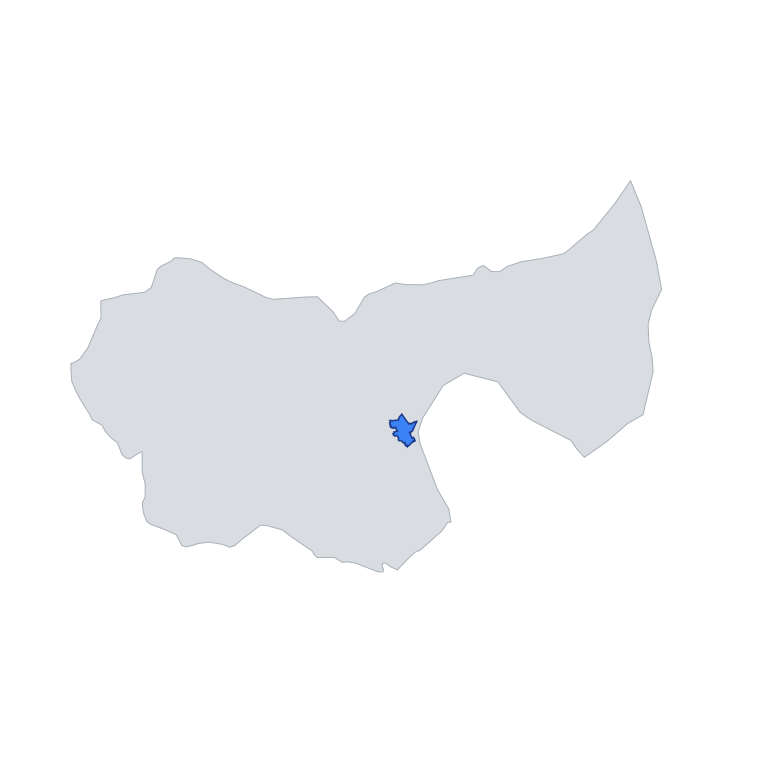 Sējas pag., Sejas, Latvia (highlighted), rotated 163°
{"feature_id": "27541924B77555962795430", "entity_name": "Sējas pag.", "entity_type": "district", "adm_level": 2, "iso_a3": "LVA", "parent_name": "Latvia", "parent_adm1": "Sejas", "projection": "mercator", "projection_center": [24.49, 57.215], "detail": "fine", "context": "in_parent", "style": "filled", "palette": "blue", "viewbox_px": 768, "rotation_deg": 163, "n_neighbors": 0, "source": "geoboundaries", "source_scale": "gbopen_adm2", "svg_char_len": 5137}
<svg xmlns="http://www.w3.org/2000/svg" viewBox="0 0 768 768"><g transform="rotate(163 384 384)"><path d="M548.5,565.7L544.3,565.0L532.6,560.4L522.6,553.5L516.7,544.4L506.4,531.9L499.7,525.5L489.1,517.5L471.4,501.1L465.0,497.3L433.6,490.1L422.2,486.9L411.8,468.2L408.4,457.3L403.3,455.4L397.7,457.7L391.5,459.8L377.4,472.6L372.8,474.4L364.1,474.5L343.6,477.3L334.3,472.7L318.0,467.6L309.3,466.8L301.5,466.9L266.9,462.0L260.6,467.4L254.3,468.4L248.1,460.0L240.4,457.6L231.9,460.4L216.5,460.8L198.2,458.1L174.8,456.0L171.4,456.9L145.5,468.1L139.1,469.8L111.0,488.7L88.8,506.2L86.2,478.1L87.6,421.5L90.9,393.2L106.3,376.7L114.0,363.8L118.5,346.5L119.9,330.5L123.0,317.2L145.3,278.9L163.1,274.8L187.0,264.1L213.8,255.2L219.0,266.5L221.6,275.2L253.8,306.5L262.0,317.0L274.5,352.8L304.4,370.9L327.9,365.2L338.1,356.4L356.9,340.2L365.3,328.3L367.0,316.8L363.7,267.4L358.6,245.9L360.3,232.4L363.6,233.1L371.6,226.6L397.9,214.5L403.1,214.0L409.1,211.5L425.6,202.3L431.0,207.2L435.4,212.8L437.9,212.8L439.0,210.8L438.7,207.2L439.9,204.6L444.6,206.1L463.8,221.2L471.2,224.7L476.2,225.7L482.2,232.7L498.6,237.5L500.6,241.1L501.8,245.7L517.1,264.7L524.0,274.3L537.6,283.0L543.5,285.1L567.3,276.2L573.9,273.1L579.4,273.0L585.0,277.7L597.7,284.0L609.3,285.9L611.4,285.5L621.1,286.2L624.6,288.6L626.8,300.7L637.9,310.2L648.2,318.0L650.9,321.7L651.7,328.7L651.0,336.8L649.7,341.0L645.4,345.9L641.6,358.2L641.1,369.8L635.2,389.9L636.5,390.3L649.0,386.7L652.5,388.7L655.2,393.2L656.1,405.7L660.2,411.4L664.4,420.2L665.7,427.0L673.6,435.2L674.2,440.4L679.1,459.0L681.0,469.7L681.8,477.9L679.4,488.4L677.3,495.4L674.8,495.0L667.7,496.8L656.5,505.3L639.7,525.3L635.4,529.7L631.0,544.8L630.0,546.4L620.2,545.7L617.6,545.3L607.8,545.6L586.5,541.7L578.3,544.3L567.5,559.6L563.3,561.8L550.7,563.9L548.5,565.7Z" fill="#d9dde1" stroke="#a8b0b8" stroke-width="1"/><path d="M388.7,346.7L388.8,346.7L388.8,346.4L389.0,346.2L388.9,346.2L389.0,346.1L389.3,345.9L389.3,345.7L389.6,345.6L389.6,345.4L389.8,345.3L389.7,345.2L389.8,345.1L389.9,344.9L389.9,344.6L390.0,344.6L389.9,344.6L390.0,344.4L390.0,344.2L390.1,343.9L390.2,343.7L390.1,343.4L390.1,343.2L389.9,343.1L389.8,342.9L389.9,342.7L390.0,342.6L389.9,342.6L389.9,342.4L389.8,342.2L389.7,342.1L389.8,342.0L389.9,341.9L389.7,341.5L389.8,341.4L389.9,341.1L390.1,341.1L390.2,340.9L390.3,340.8L390.3,340.7L390.2,340.6L390.2,340.4L389.4,339.9L388.8,339.7L388.6,339.8L388.5,339.3L387.8,338.8L387.2,338.9L387.0,339.0L386.8,339.0L386.5,339.1L386.0,339.1L385.6,339.3L385.5,338.6L385.6,337.2L385.6,336.9L385.3,336.2L385.0,335.7L384.7,335.1L388.4,335.2L388.4,334.0L389.9,334.0L389.8,332.9L389.9,332.4L389.5,332.2L389.3,331.9L389.0,331.4L388.9,331.0L388.7,331.0L388.2,331.0L387.9,331.0L387.3,331.1L387.1,331.1L386.3,329.8L386.1,329.6L386.2,329.3L386.2,329.2L386.1,328.5L385.9,328.3L385.9,328.1L385.8,327.9L386.0,327.6L386.5,327.0L386.5,326.6L386.5,325.7L386.2,325.3L385.7,325.3L384.3,324.7L383.7,324.3L383.3,323.4L383.1,323.0L383.3,322.7L383.2,322.6L383.1,322.4L382.9,322.2L382.7,322.1L382.3,321.7L382.2,321.6L381.7,321.7L381.3,321.8L381.2,322.0L380.8,321.7L381.2,321.0L381.1,320.6L381.4,320.0L381.3,319.9L381.4,319.7L381.6,319.6L381.3,319.4L381.1,319.3L380.8,319.0L381.1,318.7L381.1,318.4L381.0,318.0L380.4,317.7L380.2,317.6L380.0,317.4L379.9,317.4L379.8,317.5L379.8,317.4L379.7,317.5L379.5,317.8L379.4,317.8L379.4,318.1L378.8,317.7L378.5,317.6L378.4,317.6L377.1,318.3L376.1,319.0L372.7,320.3L373.0,320.9L372.3,321.0L372.3,320.4L371.6,320.3L371.4,320.4L371.2,320.4L371.2,320.5L370.9,320.6L370.8,321.6L371.2,322.7L371.1,322.9L371.4,323.0L371.6,323.1L371.7,323.3L371.8,323.2L371.9,323.3L371.8,323.5L371.7,323.7L371.7,323.8L371.5,324.0L371.6,323.9L371.7,324.0L371.5,324.3L373.0,324.3L373.5,328.4L373.2,328.9L373.3,328.9L373.5,329.0L373.6,329.3L373.4,329.4L373.4,329.5L373.5,329.5L373.7,330.2L371.9,330.5L371.8,330.3L370.7,330.6L369.1,332.3L369.3,332.3L369.4,332.6L369.0,332.6L368.9,332.7L363.8,338.4L364.0,338.4L364.1,338.7L364.3,338.5L364.3,338.4L364.4,338.5L364.5,338.5L364.5,338.4L364.8,338.4L365.0,338.3L365.1,338.2L365.2,338.3L365.2,338.2L365.3,338.2L365.4,338.3L365.5,338.2L365.8,338.2L365.8,338.3L366.0,338.3L366.0,338.5L365.9,338.8L366.0,338.8L366.3,338.8L366.4,338.7L366.5,338.7L366.9,338.7L367.0,338.6L367.3,338.6L367.5,338.6L367.7,338.4L367.8,338.3L368.0,338.4L368.3,338.3L368.4,338.2L368.5,338.2L368.8,338.0L369.1,338.0L369.3,338.0L369.5,338.1L369.8,338.2L369.8,338.3L370.2,338.3L370.3,338.4L370.5,338.3L370.6,338.5L370.6,338.4L370.7,338.5L370.7,338.4L370.7,338.5L370.8,338.6L371.0,338.7L371.3,338.6L371.5,338.7L371.8,338.6L372.0,338.6L374.5,346.0L375.5,349.1L375.7,349.8L375.8,350.0L376.2,349.6L376.4,349.5L376.6,349.4L376.8,349.3L376.9,349.2L377.0,349.1L377.4,348.9L378.0,348.6L378.4,348.2L378.7,348.1L379.3,347.7L380.2,346.7L380.3,345.8L380.3,345.6L380.5,345.4L380.9,345.2L381.0,345.2L381.9,345.7L382.1,345.7L382.4,345.8L382.9,345.7L383.6,345.7L383.9,345.8L384.4,346.1L384.7,346.3L385.2,346.3L385.7,346.2L386.0,346.1L386.3,346.2L386.7,346.4L386.9,346.6L387.2,346.7L387.4,346.7L387.8,347.0L388.4,347.4L388.6,347.4L388.4,347.2L388.5,346.9L388.7,346.7Z" fill="#3b82f6" stroke="#1e3a8a" stroke-width="1.5"/></g></svg>